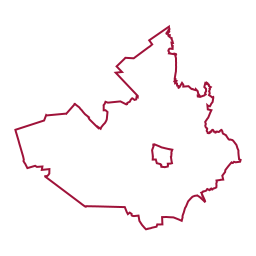 Alojas pag., Alojas, Latvia
{"feature_id": "27541924B87659249854231", "entity_name": "Alojas pag.", "entity_type": "district", "adm_level": 2, "iso_a3": "LVA", "parent_name": "Latvia", "parent_adm1": "Alojas", "projection": "orthographic", "projection_center": [24.883, 57.791], "detail": "fine", "context": "isolated", "style": "outline", "palette": "rose", "viewbox_px": 256, "rotation_deg": 0, "n_neighbors": 0, "source": "geoboundaries", "source_scale": "gbopen_adm2", "svg_char_len": 5573}
<svg xmlns="http://www.w3.org/2000/svg" viewBox="0 0 256 256"><path d="M146.0,229.3L148.0,228.8L148.0,228.7L150.7,228.2L152.0,227.7L156.5,226.7L157.3,224.4L158.2,224.5L162.4,224.4L162.1,217.1L166.5,217.0L169.4,217.2L173.5,217.4L178.8,219.5L181.7,220.8L182.6,217.3L182.5,216.6L182.6,215.8L183.0,214.5L183.7,212.7L185.0,208.1L186.0,206.5L188.1,201.4L190.6,198.6L192.4,196.8L193.0,196.5L194.9,195.8L196.8,195.6L197.2,195.4L199.8,197.1L203.4,200.4L204.7,201.7L205.1,201.3L204.8,200.3L202.6,195.5L202.4,195.8L201.7,193.4L201.5,193.0L201.3,192.7L202.6,192.2L202.7,191.8L203.0,191.5L203.5,191.3L204.1,191.3L204.9,191.1L206.0,190.7L206.5,190.2L207.0,189.2L207.3,189.0L209.1,190.0L209.5,190.2L210.1,189.8L210.4,189.0L210.8,188.9L210.9,188.7L211.3,188.6L211.4,188.9L212.0,189.5L212.3,189.5L212.4,189.3L212.5,189.3L212.6,189.1L213.7,188.4L214.5,188.3L216.3,187.4L216.5,185.5L216.3,183.5L216.8,182.0L216.5,180.5L220.1,180.0L220.5,179.8L223.2,179.6L222.3,175.7L225.1,172.0L225.3,170.3L225.4,170.0L228.4,166.1L231.0,163.0L231.6,162.4L232.3,163.0L233.0,162.9L234.0,161.8L235.6,162.3L240.1,161.7L240.6,159.9L239.1,159.3L238.6,155.1L238.4,152.7L238.4,150.4L237.7,148.8L237.2,147.6L237.2,147.3L236.4,144.9L233.4,141.0L232.5,140.1L230.2,139.5L229.5,139.6L229.3,139.7L229.1,139.6L228.9,139.4L228.6,139.2L228.4,139.0L226.3,135.9L226.2,135.4L225.2,134.8L223.8,134.0L223.2,133.8L222.5,132.6L222.5,132.0L222.3,131.3L222.2,131.0L221.7,130.5L221.5,129.9L221.2,129.9L220.6,130.5L219.7,131.1L219.5,131.6L219.2,131.8L218.2,132.0L217.0,131.5L216.8,131.5L216.3,131.9L215.8,132.5L215.3,132.6L214.7,131.6L213.6,131.6L213.2,130.2L212.9,129.9L212.3,129.9L211.2,131.0L210.9,132.0L210.6,132.1L210.1,131.9L209.8,132.1L209.9,132.7L209.6,133.1L208.5,133.2L207.7,133.0L207.6,132.2L206.8,131.1L206.7,130.4L207.2,129.0L207.2,128.6L207.1,128.4L205.9,127.5L205.5,126.6L205.4,126.2L205.3,125.3L205.7,124.6L205.7,124.3L205.8,123.8L205.7,123.4L205.4,122.9L205.2,121.9L207.5,118.5L208.2,117.7L210.3,112.5L211.4,110.2L207.8,109.4L207.4,105.2L208.2,105.9L209.9,106.3L210.5,105.3L211.2,103.8L212.6,102.0L213.3,97.7L213.2,97.0L212.3,97.3L212.0,97.3L211.0,96.4L209.9,95.7L209.0,95.1L209.7,93.5L209.5,91.9L209.1,91.3L209.4,90.4L209.9,89.3L209.5,88.6L210.8,87.1L209.0,86.1L208.8,84.6L207.6,83.6L207.5,83.2L207.2,83.0L206.7,82.7L206.6,83.9L205.3,83.1L204.9,84.7L204.3,87.0L206.0,88.8L206.1,91.2L205.1,92.9L205.1,93.4L205.7,94.4L204.1,95.4L204.1,95.5L200.1,96.9L197.8,96.5L197.7,95.5L199.6,95.6L198.2,93.6L197.7,91.2L195.8,89.2L195.6,90.1L194.0,89.7L192.6,89.0L192.2,89.2L191.4,88.9L188.5,86.2L183.3,86.6L183.3,84.7L182.0,82.9L179.4,87.3L178.9,87.6L178.6,87.8L178.4,87.6L178.4,87.3L178.6,86.4L178.6,86.2L178.3,85.9L177.2,85.7L176.9,84.4L177.0,84.0L177.0,83.5L176.8,83.3L176.0,83.0L175.6,83.0L175.1,83.3L175.0,82.9L175.3,81.9L175.6,81.7L176.5,80.9L175.8,80.5L175.6,80.4L174.7,80.7L175.5,79.0L175.3,78.8L174.9,78.8L174.7,78.8L174.7,78.7L175.7,72.5L175.9,71.7L176.1,66.6L176.0,65.4L176.1,62.4L176.0,62.0L176.0,58.2L175.3,55.6L175.6,55.4L176.1,54.7L176.1,54.3L175.9,54.0L175.4,53.9L175.2,54.3L174.4,53.8L174.3,54.2L169.0,53.4L169.4,52.5L169.1,52.2L168.7,51.5L168.4,50.9L168.4,50.5L168.7,50.2L168.8,49.4L169.5,48.8L169.6,48.7L170.4,48.6L171.2,48.8L171.8,48.8L172.6,48.9L172.7,46.3L172.2,46.5L171.5,42.7L172.9,42.9L172.2,40.4L171.8,39.7L171.7,39.6L171.7,39.3L171.6,39.1L171.5,38.7L171.7,38.2L170.4,37.5L169.2,36.5L169.2,36.3L169.8,35.3L169.8,35.1L169.1,35.1L169.0,35.3L168.9,35.7L168.6,36.0L168.3,35.7L168.4,34.9L168.3,34.5L168.2,34.2L167.5,33.7L167.2,33.3L166.7,33.8L166.5,33.7L166.4,33.5L166.4,33.2L167.0,32.6L167.4,31.8L167.7,31.4L168.0,31.6L168.4,32.2L168.5,32.3L168.8,32.2L169.2,31.8L169.3,31.4L168.9,30.8L168.8,30.5L168.6,30.0L168.6,29.9L169.2,29.8L169.4,29.6L169.4,29.3L169.4,28.6L169.2,28.2L168.9,27.5L168.9,26.7L149.2,40.3L152.2,44.4L149.9,46.4L148.1,47.6L138.0,55.1L133.7,58.3L125.4,57.8L124.8,58.4L124.7,58.6L116.6,66.4L122.0,72.0L115.7,72.7L131.9,89.8L137.8,96.0L137.7,97.3L136.6,96.7L136.2,99.4L134.5,99.9L133.0,98.7L132.2,98.3L130.8,99.7L129.8,101.7L127.3,102.9L127.1,104.1L126.3,104.4L120.4,101.4L108.5,102.6L107.7,102.6L105.5,101.8L104.7,103.8L103.6,105.2L103.7,105.4L103.7,110.3L105.5,110.2L107.5,112.0L106.9,118.1L106.8,119.2L106.3,120.6L105.1,122.8L103.2,124.8L101.3,127.2L100.6,128.8L97.9,126.9L97.9,127.6L97.0,126.8L89.6,119.5L89.0,118.6L88.5,117.5L88.8,117.2L85.0,114.2L83.0,111.9L81.8,110.3L80.4,108.9L79.3,107.4L75.0,104.1L74.9,103.9L74.7,103.9L74.7,104.0L73.9,105.1L66.3,113.7L66.2,113.6L63.1,113.9L46.9,115.4L46.6,115.3L46.2,115.0L44.1,120.5L15.4,129.8L15.8,131.5L16.7,134.4L18.5,140.5L19.5,144.2L20.2,146.5L23.1,156.4L23.6,158.7L23.8,159.5L23.5,161.1L24.6,163.0L25.1,163.6L27.4,168.1L35.2,165.8L36.2,166.5L36.9,166.9L42.4,166.5L41.8,169.9L49.4,169.1L49.3,173.6L48.3,175.0L47.3,176.0L45.2,176.2L45.2,176.6L81.0,203.5L81.3,203.8L84.9,206.4L85.1,206.4L85.8,206.7L86.1,206.2L97.6,206.4L120.4,207.0L124.8,207.1L126.7,211.9L127.9,214.1L129.7,212.6L131.6,213.9L131.6,215.2L132.2,215.8L133.9,216.1L138.5,215.6L139.4,220.9L142.0,224.9L144.6,227.9L146.0,229.3ZM161.6,147.4L163.9,147.9L164.1,148.0L169.7,149.3L169.7,149.2L172.3,149.7L171.9,150.7L171.9,150.9L171.4,152.1L171.4,153.0L171.4,153.4L171.5,153.5L171.2,156.6L170.9,156.8L171.6,161.4L172.0,163.2L170.4,163.6L167.8,163.7L168.0,165.0L167.8,166.5L164.7,167.2L164.3,167.1L164.1,167.0L163.3,167.0L161.4,166.8L161.4,165.5L161.3,165.2L160.9,165.3L160.5,164.1L156.8,163.2L155.8,159.5L152.7,159.6L152.9,156.3L152.7,156.0L152.8,155.6L152.1,150.2L153.8,145.5L153.3,145.3L153.3,144.5L154.3,144.3L159.5,146.4L161.6,147.4Z" fill="none" stroke="#9f1239" stroke-width="2"/></svg>